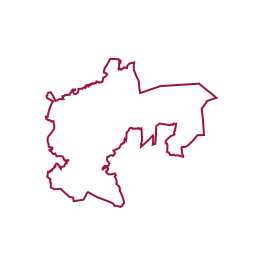 Atenango del Río, Guerrero, Mexico (Albers equal-area conic projection), rotated 339°
{"feature_id": "50627088B76307625874886", "entity_name": "Atenango del Río", "entity_type": "district", "adm_level": 2, "iso_a3": "MEX", "parent_name": "Mexico", "parent_adm1": "Guerrero", "projection": "albers", "projection_center": [-99.114, 18.136], "detail": "fine", "context": "isolated", "style": "outline", "palette": "rose", "viewbox_px": 256, "rotation_deg": 339, "n_neighbors": 0, "source": "geoboundaries", "source_scale": "gbopen_adm2", "svg_char_len": 5658}
<svg xmlns="http://www.w3.org/2000/svg" viewBox="0 0 256 256"><g transform="rotate(339 128 128)"><path d="M51.1,176.8L60.7,179.0L66.4,174.1L67.7,173.5L74.6,181.7L84.5,190.5L86.9,193.0L87.7,196.0L87.7,196.8L88.0,196.1L88.4,196.0L89.6,196.6L92.6,198.9L94.5,198.7L94.9,198.5L95.4,197.6L97.1,196.9L97.4,196.6L97.8,195.9L97.9,194.9L97.9,193.7L98.2,191.6L98.1,185.8L97.9,184.1L98.3,182.9L98.4,181.7L98.7,181.3L98.6,180.7L98.9,180.3L98.4,178.6L97.9,177.8L97.9,176.9L97.3,176.3L97.1,175.8L97.2,175.5L97.9,174.5L98.2,174.0L98.6,172.3L98.4,170.7L98.5,170.2L98.1,168.8L98.9,168.1L99.7,167.7L99.9,167.0L99.7,166.2L99.2,165.6L95.9,165.4L93.2,164.2L92.6,163.4L91.8,161.2L92.1,160.5L94.2,159.7L94.6,159.4L94.9,158.5L94.9,157.9L94.6,157.5L93.7,157.1L91.2,157.1L90.5,157.0L90.1,157.2L90.0,157.7L89.8,157.8L89.6,157.6L89.7,156.8L90.0,156.4L91.5,155.7L92.2,155.2L92.6,155.0L95.8,156.1L96.3,155.9L97.2,155.3L97.9,154.6L98.0,154.1L97.0,151.4L97.0,150.0L97.3,149.4L98.3,147.7L98.8,147.7L99.2,148.0L101.1,147.2L102.0,147.3L102.8,147.6L103.7,148.2L103.8,148.5L105.2,148.2L105.5,147.7L107.0,146.8L106.6,144.3L106.4,143.9L112.7,143.6L115.6,140.7L116.4,140.8L117.7,140.7L118.2,140.2L118.9,140.4L119.5,140.3L119.9,139.0L121.0,137.1L121.7,138.9L123.1,136.4L124.8,132.2L127.3,130.7L129.7,128.8L131.5,129.2L132.1,130.5L132.8,130.3L133.2,130.6L133.4,130.9L135.2,131.3L135.4,131.4L135.4,131.6L135.9,131.6L137.2,132.2L137.3,131.9L137.6,131.7L139.0,133.7L139.9,133.6L140.7,132.2L137.7,141.9L136.2,145.6L134.3,147.7L134.4,148.4L133.5,150.2L141.7,147.1L148.5,143.9L148.5,144.9L146.2,150.6L145.1,152.4L147.9,152.5L152.0,143.6L153.3,140.3L155.1,136.3L158.9,135.1L168.1,140.4L170.4,140.4L170.9,140.6L171.1,141.1L172.4,140.3L172.6,140.7L174.4,141.3L171.0,147.2L169.3,148.5L169.2,150.4L169.0,150.8L168.7,150.9L165.4,150.8L160.9,152.4L158.6,153.7L158.0,154.7L157.8,155.8L158.7,156.2L158.5,158.9L156.8,162.4L156.0,164.6L156.6,164.9L157.4,165.6L157.6,166.7L157.3,167.8L157.9,168.5L161.0,169.3L162.9,170.9L164.2,171.0L165.4,171.8L169.2,174.7L169.4,174.3L169.4,171.6L170.2,168.4L170.6,166.1L171.1,166.0L171.3,165.6L171.8,165.4L171.9,165.1L172.2,165.3L172.7,165.4L174.9,166.2L175.4,166.2L177.9,165.7L184.8,162.8L190.2,159.6L196.4,161.8L200.9,147.3L203.7,136.3L207.3,134.3L211.5,131.1L221.4,131.5L210.2,112.1L183.8,103.8L183.3,103.4L182.6,103.5L181.8,103.3L180.9,102.8L173.0,100.5L151.9,99.7L152.9,94.7L154.9,87.9L154.2,81.3L154.5,79.4L154.3,77.6L154.4,75.2L156.0,71.5L157.3,69.0L152.9,68.4L152.2,68.5L149.8,69.6L148.7,71.7L146.4,70.0L145.5,70.5L144.3,70.4L143.1,71.0L142.4,71.1L141.6,70.2L141.6,69.9L140.8,70.0L140.9,69.8L140.3,69.1L140.5,68.9L140.9,68.9L141.3,68.6L141.4,68.1L141.7,67.8L142.0,66.6L142.6,65.8L142.6,65.0L143.0,64.4L143.1,64.0L143.5,63.7L144.1,64.5L144.4,64.4L144.5,63.8L144.0,62.9L144.5,62.7L144.0,61.7L144.7,61.8L143.6,60.2L142.9,60.1L140.2,58.7L138.7,58.3L136.3,57.1L130.4,61.9L130.2,62.2L129.1,62.7L127.7,63.7L127.2,64.3L127.1,64.9L126.8,65.0L125.8,66.4L125.3,67.5L126.3,68.0L127.4,69.5L127.8,70.5L125.5,71.7L124.1,72.2L123.5,72.2L122.9,72.5L122.5,72.5L121.8,74.1L120.4,75.8L118.8,75.7L118.2,75.2L117.0,75.2L116.8,75.1L116.6,74.5L115.9,74.0L115.5,74.0L115.5,73.4L115.4,73.3L115.0,73.7L114.7,73.7L114.6,73.9L114.3,73.9L114.1,74.4L113.6,74.7L113.2,74.6L113.0,74.2L112.1,74.3L111.8,74.1L111.2,74.0L110.9,73.5L110.7,73.4L110.1,73.5L110.1,74.1L109.4,73.9L108.9,74.2L108.9,73.7L108.5,73.8L108.1,73.7L107.9,73.8L107.9,74.1L107.6,74.1L107.5,73.6L107.1,73.6L107.0,73.9L107.1,74.2L106.6,74.3L106.2,74.8L106.1,74.5L106.2,74.0L106.0,73.7L105.3,73.4L105.1,73.7L104.8,73.8L104.3,73.3L104.2,73.4L104.4,74.2L104.3,74.4L103.6,74.4L103.1,74.8L103.1,74.4L102.8,74.2L102.7,74.4L102.7,74.9L102.4,75.0L102.0,74.9L101.4,74.4L100.6,74.3L100.3,74.4L99.7,75.1L96.0,73.7L94.0,76.9L93.3,77.3L91.1,77.6L90.4,77.3L89.9,76.5L89.7,75.7L89.9,74.6L90.2,74.1L91.0,73.7L92.4,73.5L92.5,73.1L90.0,72.3L89.7,72.6L89.8,73.0L89.7,73.3L89.3,73.5L88.4,73.4L87.7,74.2L86.2,75.2L85.4,76.1L84.1,75.5L83.2,75.5L82.3,74.8L81.6,75.0L80.8,74.8L79.8,75.3L78.4,74.8L78.1,74.8L77.9,75.5L78.2,76.9L78.2,77.8L75.7,77.1L74.8,76.4L70.3,76.9L69.8,74.5L69.6,71.2L68.6,66.9L67.2,66.6L66.1,66.6L65.6,66.9L64.3,68.6L63.4,68.9L63.1,70.9L65.6,74.0L67.8,76.2L66.8,76.7L64.4,78.9L60.3,83.6L57.2,88.2L57.1,88.7L55.4,87.9L54.9,90.0L55.7,90.8L55.8,91.6L57.6,92.6L58.1,93.2L58.2,93.5L58.4,93.8L58.9,94.0L59.4,94.5L59.2,94.7L60.0,95.0L60.9,95.0L60.3,97.0L59.8,100.1L58.8,102.1L58.2,102.7L57.1,103.3L54.9,105.1L53.5,105.6L51.5,106.9L50.7,107.2L49.5,108.7L48.7,110.0L48.7,110.6L48.4,111.2L48.2,112.0L48.1,113.9L48.2,114.1L47.2,117.1L50.4,119.3L49.5,120.6L47.5,120.2L47.1,120.2L46.7,120.4L47.0,121.4L47.5,121.6L47.7,122.1L48.1,122.2L48.1,123.7L48.4,124.0L48.8,125.5L49.3,125.8L50.7,125.6L51.3,128.7L53.7,129.6L56.7,131.1L57.0,132.3L56.9,132.9L57.2,133.2L57.1,133.5L57.3,134.3L57.0,134.6L57.1,134.8L57.1,135.3L57.5,135.3L57.8,135.7L57.9,136.2L58.2,136.1L58.3,136.4L58.8,136.5L60.0,136.3L60.7,136.5L60.7,136.9L59.2,137.3L59.0,137.7L58.3,138.2L58.3,138.7L58.0,139.1L57.1,138.7L56.8,138.9L56.9,139.3L56.7,139.0L56.2,139.1L55.7,139.6L55.5,140.1L55.1,140.8L54.4,141.0L52.5,140.6L51.1,140.9L51.0,141.7L50.7,142.1L50.4,141.0L50.4,140.7L50.2,140.2L50.7,139.7L50.5,139.0L50.5,138.6L50.1,138.4L49.7,137.9L49.6,137.6L49.5,136.7L49.1,135.9L48.2,135.4L47.6,136.1L46.6,136.9L46.7,137.4L46.0,137.7L45.6,137.6L45.6,138.4L45.2,138.6L44.5,138.6L43.7,139.2L42.9,139.2L42.3,139.5L41.7,140.6L41.3,140.6L40.2,139.8L39.7,140.1L39.5,140.8L39.2,141.0L38.3,140.9L37.6,140.4L35.1,144.8L37.2,148.0L36.3,149.8L36.0,150.0L36.3,151.6L36.2,151.6L35.8,153.1L34.6,155.8L37.6,158.9L43.4,160.7L48.3,170.9L50.2,172.3L51.8,173.2L51.1,176.8Z" fill="none" stroke="#9f1239" stroke-width="2"/></g></svg>